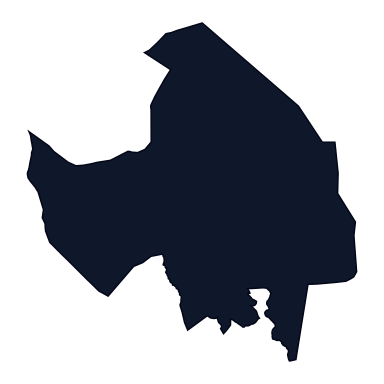 the district of Villa de Chilapa de Díaz, Oaxaca, Mexico
{"feature_id": "50627088B27249179318805", "entity_name": "Villa de Chilapa de Díaz", "entity_type": "district", "adm_level": 2, "iso_a3": "MEX", "parent_name": "Mexico", "parent_adm1": "Oaxaca", "projection": "equal_earth", "projection_center": [-97.646, 17.595], "detail": "fine", "context": "isolated", "style": "filled", "palette": "ink", "viewbox_px": 384, "rotation_deg": 0, "n_neighbors": 0, "source": "geoboundaries", "source_scale": "gbopen_adm2", "svg_char_len": 4415}
<svg xmlns="http://www.w3.org/2000/svg" viewBox="0 0 384 384"><path d="M187.7,330.1L196.3,323.8L207.2,315.8L208.2,316.3L209.2,317.0L210.3,317.8L211.6,318.1L213.8,318.5L216.1,318.2L217.5,317.4L217.5,318.9L218.6,322.4L219.7,323.4L221.1,324.9L221.7,326.8L220.6,328.7L221.8,330.7L223.5,333.7L226.0,331.0L228.2,328.2L230.5,325.1L230.6,318.9L231.6,319.3L233.3,320.2L235.2,321.8L236.9,322.6L238.0,323.5L241.1,325.6L242.9,327.1L244.4,326.9L245.3,325.6L246.3,325.9L248.7,325.7L250.4,324.8L251.6,324.1L253.5,323.8L255.1,322.7L256.4,321.3L257.3,320.0L258.3,318.7L259.4,318.3L258.7,317.2L257.9,316.0L257.3,314.0L256.7,312.0L256.0,310.7L254.9,309.6L253.6,308.3L251.9,306.8L250.7,305.8L252.0,305.9L253.9,305.7L255.0,305.1L256.2,303.5L256.5,301.4L255.4,300.7L253.0,299.4L251.8,298.9L251.3,297.8L249.8,296.2L248.4,294.9L247.7,293.7L249.9,293.2L249.5,291.9L248.9,290.9L248.2,289.9L247.6,288.7L249.9,288.6L262.8,287.8L266.4,288.1L266.9,288.4L270.1,291.5L270.2,292.0L270.7,293.2L270.7,294.1L270.4,295.0L270.0,296.1L269.9,297.2L269.6,297.5L268.6,299.7L268.0,300.4L267.1,301.2L266.8,302.5L266.7,303.5L266.9,304.4L267.2,304.9L268.2,306.1L269.1,308.6L269.1,309.3L268.1,310.2L267.4,310.1L266.8,310.2L265.8,311.1L265.2,311.8L264.8,312.8L265.0,314.2L265.8,316.0L266.3,316.2L266.7,316.6L267.8,317.1L269.2,317.8L271.1,320.1L272.5,321.4L272.7,321.7L274.1,323.2L274.7,323.8L275.1,324.8L275.3,325.4L275.3,326.3L275.2,326.7L274.7,327.5L273.9,328.1L273.0,329.2L272.6,329.8L272.3,330.8L272.1,331.6L272.0,333.1L272.1,334.3L272.3,334.8L272.3,335.6L272.2,336.4L272.5,338.3L272.8,339.0L274.5,339.5L275.4,339.6L276.2,340.3L277.9,340.5L279.0,340.2L279.7,340.4L280.7,341.2L281.4,341.9L281.7,342.4L281.8,343.5L282.3,344.0L283.2,345.2L285.1,346.3L286.0,346.3L286.3,347.0L286.6,348.1L287.0,348.6L287.4,349.0L288.2,349.5L288.4,350.5L288.5,351.4L288.3,352.2L288.1,353.6L287.8,353.8L287.7,354.5L287.8,355.7L288.0,356.5L288.1,357.1L288.4,358.1L288.5,358.9L288.9,359.9L289.4,360.9L289.6,361.0L295.9,359.6L297.2,351.3L308.0,284.3L317.0,284.0L334.2,282.5L346.0,281.2L351.2,278.5L353.7,276.9L356.6,271.7L353.9,235.4L355.4,222.0L337.6,193.4L338.1,173.3L334.9,142.2L322.3,142.2L298.4,106.1L272.6,83.8L239.9,55.6L227.4,44.8L202.2,23.0L177.0,30.5L171.4,32.6L166.0,33.7L157.5,42.6L149.4,50.2L144.5,52.6L170.7,69.7L168.4,73.2L164.3,79.7L158.2,90.6L155.1,96.2L151.3,104.2L150.7,106.0L151.1,110.1L151.2,137.1L151.2,142.0L150.8,142.5L145.0,149.4L137.7,152.6L133.6,152.3L133.4,152.3L132.6,152.3L132.4,152.3L129.2,151.4L127.8,151.4L110.4,160.3L107.9,160.7L106.7,160.9L102.1,161.6L97.1,162.4L90.3,164.0L83.1,165.3L75.9,165.8L68.0,162.2L53.8,151.5L49.0,146.0L43.2,141.9L37.0,137.4L30.5,132.8L29.0,131.7L30.5,135.3L31.5,141.8L31.7,142.4L32.8,149.1L31.8,152.1L31.5,153.1L31.6,154.9L29.9,163.0L29.2,167.2L28.5,170.2L27.6,172.1L27.4,174.2L28.1,177.9L30.6,181.6L32.2,183.5L35.1,187.1L37.4,190.9L37.9,191.3L40.9,201.1L42.6,206.9L43.5,209.5L42.3,217.8L45.1,223.7L45.2,226.6L45.4,229.3L45.6,231.1L45.8,231.6L45.9,231.9L47.8,237.1L48.2,238.1L49.8,242.4L51.1,243.7L57.5,250.1L62.8,255.4L67.9,260.3L73.6,266.0L74.6,267.0L74.9,267.3L75.1,267.6L75.7,268.1L76.8,269.2L80.9,273.3L85.1,277.5L86.7,279.1L87.0,279.4L92.0,284.2L99.0,291.1L100.0,291.6L103.1,293.3L108.1,296.1L123.9,277.7L133.6,266.4L142.7,262.6L151.0,256.3L163.4,253.9L163.1,254.0L163.0,254.3L162.9,254.9L163.0,255.7L163.1,256.1L163.6,257.0L164.0,257.5L164.1,257.8L164.0,259.0L164.3,260.0L164.3,260.5L164.2,260.8L164.1,261.1L164.0,261.7L164.0,262.0L164.1,262.3L164.0,262.8L163.7,263.0L163.6,263.3L163.4,263.8L163.3,264.3L163.2,264.8L163.5,265.1L164.1,265.3L164.5,265.3L164.8,265.3L165.1,265.3L165.2,266.2L165.4,267.5L166.0,268.2L166.5,268.1L166.7,268.4L166.7,269.2L166.5,270.1L166.2,271.3L166.1,271.6L165.8,272.0L165.8,272.3L166.0,273.0L166.5,273.3L166.8,273.8L167.3,274.9L167.3,275.2L167.5,275.8L167.9,276.2L167.9,276.4L168.3,276.9L168.4,277.9L168.3,278.6L168.7,278.9L169.1,279.2L169.6,279.4L169.6,279.8L169.9,280.9L170.1,281.7L170.6,282.4L171.1,282.7L171.6,283.0L172.3,283.3L172.4,284.0L172.5,284.4L172.6,285.1L173.4,285.1L173.8,285.1L174.3,285.4L174.6,286.0L175.1,286.3L175.6,286.7L176.1,287.3L176.4,288.5L177.9,289.3L178.7,289.7L178.4,291.0L179.0,291.9L179.2,292.4L179.3,292.7L179.6,293.5L179.6,294.0L179.6,294.7L179.9,295.1L180.1,295.3L181.0,295.9L181.3,296.5L181.4,297.0L181.1,299.0L181.0,299.9L181.0,300.9L181.2,301.2L180.0,305.1L182.2,312.3L184.6,322.6L187.7,330.1Z" fill="#0f172a" stroke="#020617" stroke-width="1.5"/></svg>